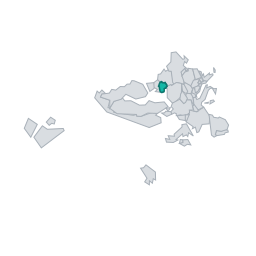 Lithuania highlighted on a map of Europe, rotated 254°
{"feature_id": "LTU", "entity_name": "Lithuania", "entity_type": "country or territory", "adm_level": 0, "iso_a3": "LTU", "parent_name": "Europe", "parent_adm1": "", "projection": "mercator", "projection_center": [24.055, 55.152], "detail": "fine", "context": "in_parent", "style": "filled", "palette": "teal", "viewbox_px": 256, "rotation_deg": 254, "n_neighbors": 37, "source": "natural_earth", "source_scale": "50m", "svg_char_len": 8926}
<svg xmlns="http://www.w3.org/2000/svg" viewBox="0 0 256 256"><g transform="rotate(254 128 128)"><path d="M132.8,39.2L145.1,35.0L153.7,46.3L149.0,50.1L145.4,65.6L143.1,65.9L132.8,39.2ZM171.7,113.4L167.0,116.1L167.8,112.3L165.3,110.1L159.7,118.2L153.1,114.4L150.6,119.5L147.0,118.6L138.7,136.6L138.7,139.8L136.9,139.8L135.6,143.7L136.3,155.7L133.9,160.3L132.7,158.1L129.0,162.3L123.9,161.3L122.6,148.5L149.3,112.0L166.2,104.3L172.0,108.5L169.6,110.0L171.7,113.4ZM164.7,34.9L156.5,41.8L145.9,32.0L156.3,28.2L164.7,34.9ZM159.7,56.6L155.5,60.2L152.2,58.2L153.5,55.9L152.3,53.0L156.2,51.1L159.7,56.6Z" fill="#d9dde1" stroke="#a8b0b8" stroke-width="1"/><path d="M117.9,185.7L128.4,191.9L124.6,198.4L127.2,206.5L116.6,209.9L109.6,207.2L111.0,200.3L104.8,195.0L104.6,192.9L110.2,193.0L109.6,189.7L111.3,191.0L117.9,185.7ZM129.7,211.8L130.9,208.2L130.6,212.4L129.7,211.8Z" fill="#d9dde1" stroke="#a8b0b8" stroke-width="1"/><path d="M133.9,160.3L136.9,151.1L135.6,143.7L136.9,139.8L138.7,139.8L144.7,121.5L152.0,115.8L157.5,121.8L158.1,131.1L154.9,132.4L153.4,138.3L146.8,145.3L145.4,151.0L148.5,155.8L144.8,160.8L143.1,170.0L137.5,172.4L133.9,160.3Z" fill="#d9dde1" stroke="#a8b0b8" stroke-width="1"/><path d="M166.2,169.7L171.2,171.8L171.0,174.2L174.7,178.9L172.1,179.8L173.0,182.8L170.6,185.2L157.4,184.4L157.4,177.1L161.2,176.0L163.0,171.6L166.2,169.7Z" fill="#d9dde1" stroke="#a8b0b8" stroke-width="1"/><path d="M179.0,201.3L181.9,201.8L176.9,204.7L174.2,202.1L176.3,200.7L172.8,198.4L167.1,202.2L167.5,199.1L169.6,199.2L167.1,194.5L160.0,195.6L154.7,193.6L158.2,187.8L157.4,184.4L159.4,183.5L170.6,185.2L171.3,183.0L176.7,182.1L179.7,187.4L188.5,190.3L187.9,195.1L178.9,199.6L179.0,201.3Z" fill="#d9dde1" stroke="#a8b0b8" stroke-width="1"/><path d="M157.4,177.1L157.9,181.0L156.8,181.6L158.4,187.0L156.0,191.9L143.6,187.9L139.7,180.1L139.7,177.6L146.3,174.1L157.4,177.1Z" fill="#d9dde1" stroke="#a8b0b8" stroke-width="1"/><path d="M145.1,194.5L143.3,198.5L140.7,199.2L131.0,197.3L137.5,196.3L138.8,192.3L144.2,192.6L145.1,194.5Z" fill="#d9dde1" stroke="#a8b0b8" stroke-width="1"/><path d="M154.7,193.6L155.9,195.2L152.7,199.5L147.9,201.0L143.7,198.0L145.1,194.5L154.7,193.6Z" fill="#d9dde1" stroke="#a8b0b8" stroke-width="1"/><path d="M163.2,194.2L167.1,194.5L169.6,199.2L167.5,199.1L166.3,201.7L166.1,198.1L163.2,194.2Z" fill="#d9dde1" stroke="#a8b0b8" stroke-width="1"/><path d="M166.3,201.7L168.9,202.2L166.9,206.4L156.3,206.1L151.2,200.0L156.7,194.6L163.2,194.2L166.1,198.1L166.3,201.7Z" fill="#d9dde1" stroke="#a8b0b8" stroke-width="1"/><path d="M164.5,165.3L166.2,169.7L163.0,171.6L159.9,169.1L152.8,170.2L155.5,164.3L157.0,166.9L160.5,163.5L164.5,165.3Z" fill="#d9dde1" stroke="#a8b0b8" stroke-width="1"/><path d="M165.8,158.1L164.5,165.3L158.9,164.1L157.1,159.1L165.8,158.1Z" fill="#d9dde1" stroke="#a8b0b8" stroke-width="1"/><path d="M139.7,177.6L141.4,185.8L136.2,188.3L138.8,192.3L137.5,196.3L127.2,195.9L128.4,191.9L125.7,191.4L124.6,188.7L124.5,183.6L126.1,182.4L126.6,177.8L128.5,178.4L129.7,176.8L129.2,173.8L131.9,173.7L133.8,176.8L136.7,175.4L139.7,177.6Z" fill="#d9dde1" stroke="#a8b0b8" stroke-width="1"/><path d="M155.8,205.0L156.3,206.1L166.9,206.4L165.8,210.8L156.4,212.5L155.8,205.0Z" fill="#d9dde1" stroke="#a8b0b8" stroke-width="1"/><path d="M162.6,226.9L159.7,227.8L157.4,227.0L157.8,226.0L162.6,226.9ZM152.7,213.7L163.2,211.9L162.2,213.7L157.8,214.1L159.1,215.5L155.7,215.2L158.4,221.4L156.7,220.8L156.7,224.3L155.5,224.4L151.1,216.7L152.7,213.7Z" fill="#d9dde1" stroke="#a8b0b8" stroke-width="1"/><path d="M152.7,213.7L151.1,216.7L149.7,215.2L150.3,209.0L152.7,213.7Z" fill="#d9dde1" stroke="#a8b0b8" stroke-width="1"/><path d="M144.3,199.0L149.7,202.4L142.8,203.5L147.9,209.6L143.3,206.9L141.2,202.8L138.9,202.7L144.3,199.0Z" fill="#d9dde1" stroke="#a8b0b8" stroke-width="1"/><path d="M131.2,196.2L132.7,199.0L126.9,200.9L124.5,199.6L125.9,196.1L131.2,196.2Z" fill="#d9dde1" stroke="#a8b0b8" stroke-width="1"/><path d="M124.1,188.8L124.8,190.7L123.9,190.5L124.1,188.8Z" fill="#d9dde1" stroke="#a8b0b8" stroke-width="1"/><path d="M124.8,186.7L123.9,190.5L117.9,185.7L122.6,184.7L124.8,186.7Z" fill="#d9dde1" stroke="#a8b0b8" stroke-width="1"/><path d="M126.2,178.5L124.8,186.7L119.4,185.1L122.0,179.7L126.2,178.5Z" fill="#d9dde1" stroke="#a8b0b8" stroke-width="1"/><path d="M96.2,211.1L97.7,210.1L101.2,212.4L99.1,216.7L100.0,220.4L98.4,223.4L96.5,223.3L96.6,220.0L95.3,218.9L96.2,211.1Z" fill="#d9dde1" stroke="#a8b0b8" stroke-width="1"/><path d="M99.2,222.8L99.1,216.7L101.2,212.4L97.7,210.1L96.2,211.1L95.5,208.2L98.2,206.3L118.8,209.6L117.1,212.7L114.7,213.3L112.7,217.5L113.4,218.8L109.2,223.8L103.1,225.5L99.2,222.8Z" fill="#d9dde1" stroke="#a8b0b8" stroke-width="1"/><path d="M101.5,177.3L100.4,182.3L94.4,183.7L96.0,180.5L95.0,177.2L99.0,173.2L99.0,176.7L101.5,177.3Z" fill="#d9dde1" stroke="#a8b0b8" stroke-width="1"/><path d="M132.8,197.9L139.2,199.0L139.4,201.4L136.4,202.0L136.9,205.4L147.8,214.9L147.6,216.2L144.9,214.7L145.3,218.5L142.7,220.8L143.5,218.3L142.2,215.7L134.2,209.9L132.4,205.9L129.9,204.7L127.2,206.5L126.1,200.4L132.8,197.9ZM136.6,221.5L142.4,220.1L141.6,223.9L136.6,221.5ZM128.5,213.4L131.6,214.6L131.4,217.8L129.8,218.4L128.5,213.4Z" fill="#d9dde1" stroke="#a8b0b8" stroke-width="1"/><path d="M131.9,173.7L129.2,173.8L128.4,168.5L133.1,164.4L132.5,167.3L133.7,168.8L131.9,173.7ZM136.5,169.9L135.9,174.3L134.0,172.4L133.7,171.0L136.5,169.9Z" fill="#d9dde1" stroke="#a8b0b8" stroke-width="1"/><path d="M101.5,177.3L99.0,176.7L99.0,173.2L102.6,175.1L101.5,177.3ZM107.4,178.8L103.7,171.0L102.7,172.6L101.6,167.6L103.8,161.1L107.6,161.1L105.5,165.0L109.5,164.5L107.3,170.4L109.3,170.6L114.1,180.2L116.4,180.8L115.9,185.3L102.3,188.6L106.8,184.9L103.3,183.1L105.3,182.2L104.6,178.5L107.4,178.8Z" fill="#d9dde1" stroke="#a8b0b8" stroke-width="1"/><path d="M85.9,129.0L85.5,132.0L87.6,135.1L78.1,142.2L70.4,140.2L72.3,138.3L68.2,136.2L71.4,134.0L67.5,132.9L71.6,129.2L74.5,132.4L85.9,129.0Z" fill="#d9dde1" stroke="#a8b0b8" stroke-width="1"/><path d="M139.2,199.0L143.7,198.0L144.3,199.0L142.0,201.8L139.0,201.7L139.2,199.0Z" fill="#d9dde1" stroke="#a8b0b8" stroke-width="1"/><path d="M167.8,112.3L166.7,119.7L169.6,123.0L167.8,126.7L170.0,132.0L168.7,135.9L170.4,139.2L169.7,142.0L172.5,144.8L171.7,146.9L166.0,154.2L156.2,156.7L153.3,153.4L153.7,143.5L161.0,135.2L157.5,129.3L157.5,121.8L152.0,115.8L159.7,118.2L165.3,110.1L167.8,112.3Z" fill="#d9dde1" stroke="#a8b0b8" stroke-width="1"/><path d="M155.6,191.7L154.3,193.9L146.8,195.5L144.9,193.5L148.1,190.6L155.6,191.7Z" fill="#d9dde1" stroke="#a8b0b8" stroke-width="1"/><path d="M141.4,185.8L146.2,188.0L148.6,190.6L140.2,193.3L136.7,190.4L136.2,188.3L141.4,185.8Z" fill="#d9dde1" stroke="#a8b0b8" stroke-width="1"/><path d="M148.1,209.1L144.1,205.5L143.2,202.4L149.6,203.4L149.8,206.8L148.1,209.1Z" fill="#d9dde1" stroke="#a8b0b8" stroke-width="1"/><path d="M155.3,210.0L156.4,212.5L151.9,213.1L152.2,210.7L155.3,210.0Z" fill="#d9dde1" stroke="#a8b0b8" stroke-width="1"/><path d="M148.6,200.6L151.2,200.0L155.9,204.1L155.6,209.6L153.8,210.2L152.3,207.5L151.3,208.7L149.3,206.9L148.6,200.6Z" fill="#d9dde1" stroke="#a8b0b8" stroke-width="1"/><path d="M150.9,209.3L149.6,211.1L147.9,209.6L149.3,206.9L150.9,209.3Z" fill="#d9dde1" stroke="#a8b0b8" stroke-width="1"/><path d="M151.9,211.2L150.9,209.3L152.0,207.7L154.1,209.1L151.9,211.2Z" fill="#d9dde1" stroke="#a8b0b8" stroke-width="1"/><path d="M156.0,175.7L155.9,175.6L155.8,175.3L155.8,175.1L155.9,174.8L156.1,174.2L155.9,173.9L155.7,173.7L155.6,173.4L155.2,173.4L154.8,173.4L154.7,173.4L154.3,173.3L154.0,173.1L153.7,173.0L153.5,172.9L153.4,172.7L153.2,172.8L153.1,172.7L153.1,172.1L153.0,171.6L152.8,170.9L152.8,170.2L153.3,169.7L153.9,169.2L154.1,169.2L154.6,169.0L154.7,168.9L155.2,169.0L155.7,169.0L156.0,169.0L156.4,169.0L156.5,169.2L156.8,169.1L157.6,169.2L157.8,169.2L158.0,169.2L158.3,169.3L158.5,169.4L159.0,169.4L159.3,169.3L159.6,169.0L159.8,169.0L159.9,168.9L160.0,169.0L160.3,169.6L160.6,169.7L161.3,169.9L161.4,170.0L161.8,170.3L162.1,170.5L162.5,170.9L162.6,171.1L162.8,171.3L163.1,171.4L163.2,171.6L163.1,171.8L163.1,172.2L163.0,172.4L162.9,172.5L163.0,172.6L163.4,172.6L163.5,172.7L163.5,172.8L163.4,172.9L163.3,173.0L163.2,173.2L162.6,173.2L162.5,173.3L162.5,173.5L162.4,173.6L162.3,173.8L162.0,173.8L161.8,173.9L161.7,174.2L161.6,174.6L161.6,174.8L161.6,175.0L161.4,175.4L161.3,175.7L161.2,175.8L161.3,175.9L161.5,175.9L161.6,176.0L161.6,176.3L161.3,176.4L161.2,176.4L161.2,176.2L161.1,175.9L160.9,176.1L160.7,176.1L160.4,176.4L160.0,176.4L159.9,176.5L159.8,176.9L159.5,176.9L159.2,177.1L158.9,177.2L158.7,177.0L158.3,177.1L158.2,177.1L157.8,177.1L157.5,177.1L157.4,177.1L157.4,176.8L157.3,176.6L157.3,176.4L157.1,176.2L156.8,176.0L156.6,175.9L156.5,175.7L156.4,175.7L156.2,175.6L156.0,175.7ZM152.6,172.7L152.7,172.3L152.8,172.1L152.8,171.7L152.9,171.8L152.9,172.0L152.7,172.5L152.6,172.7Z" fill="#14b8a6" stroke="#0f766e" stroke-width="1.5"/></g></svg>